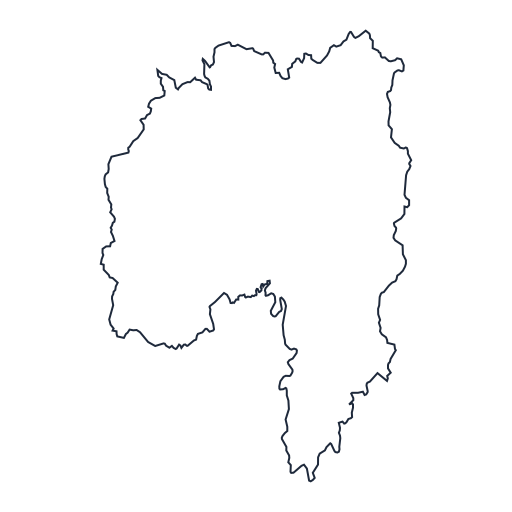 Van Lang, Lạng Sơn, Vietnam (Equal Earth projection)
{"feature_id": "81297802B84784766195181", "entity_name": "Van Lang", "entity_type": "district", "adm_level": 2, "iso_a3": "VNM", "parent_name": "Vietnam", "parent_adm1": "Lạng Sơn", "projection": "equal_earth", "projection_center": [106.578, 22.032], "detail": "fine", "context": "isolated", "style": "outline", "palette": "slate", "viewbox_px": 512, "rotation_deg": 0, "n_neighbors": 0, "source": "geoboundaries", "source_scale": "gbopen_adm2", "svg_char_len": 5986}
<svg xmlns="http://www.w3.org/2000/svg" viewBox="0 0 512 512"><path d="M164.8,343.7L166.1,345.7L169.4,347.7L171.9,345.9L173.6,347.9L175.7,349.0L176.6,348.5L179.1,344.6L180.4,345.5L181.4,347.9L183.8,344.7L185.3,344.5L186.8,345.8L187.6,345.8L193.9,340.5L196.1,339.6L196.9,335.8L197.9,333.9L202.4,332.4L205.4,328.9L206.9,328.9L209.5,331.7L213.2,330.5L214.0,329.3L213.2,323.9L209.9,314.2L210.4,309.4L209.5,306.9L209.9,306.1L214.9,302.1L224.0,293.0L227.0,294.8L229.6,299.4L230.6,303.0L232.0,303.1L232.8,302.4L234.0,302.9L236.2,299.5L238.3,299.6L238.3,296.8L240.0,295.4L242.1,295.5L244.4,294.6L245.2,297.1L245.8,297.5L247.9,296.6L250.8,297.1L252.2,295.6L253.9,296.1L255.0,295.2L256.3,295.2L256.6,294.1L256.0,290.7L256.8,288.9L257.7,289.0L259.0,292.0L259.6,292.1L261.4,290.4L261.5,288.8L260.6,287.2L261.6,284.2L262.6,284.0L263.2,286.5L264.6,284.5L267.2,283.8L267.4,281.1L269.6,280.7L269.9,283.3L265.5,288.3L264.9,290.5L265.6,292.7L265.5,295.3L265.9,295.8L268.0,295.3L271.2,293.3L273.3,294.0L274.9,296.6L275.3,302.2L270.8,310.8L271.1,313.8L273.2,316.1L274.7,316.5L275.7,316.2L279.2,311.9L281.0,311.0L281.8,309.1L280.2,299.9L280.3,298.2L281.4,297.6L283.3,299.5L284.7,301.6L286.0,306.0L282.7,324.7L283.6,335.2L284.8,339.7L285.1,343.5L285.5,344.6L289.7,348.9L291.5,349.6L294.0,348.6L296.3,349.4L296.9,350.5L296.6,353.0L292.7,358.6L289.5,360.1L287.8,362.2L288.4,364.1L292.4,369.6L292.6,371.1L292.2,372.6L290.4,375.6L289.5,376.0L285.7,375.8L283.6,376.8L280.4,381.2L279.3,386.3L279.4,388.7L280.1,389.5L283.2,389.2L285.6,387.9L286.3,388.4L286.8,390.7L286.8,395.4L288.4,400.6L288.9,409.1L285.6,419.5L287.3,426.8L287.3,431.0L284.8,433.1L282.5,436.0L281.8,437.7L281.9,439.0L286.4,446.9L286.3,450.5L289.1,455.4L289.3,457.9L288.3,462.3L290.8,465.1L290.5,471.8L291.2,472.9L293.5,472.7L301.5,465.8L304.0,464.7L306.9,468.6L309.1,480.6L310.7,481.3L312.8,480.0L314.7,477.9L312.8,472.8L318.0,464.6L318.1,457.3L319.7,453.6L324.9,450.4L326.5,447.1L330.2,443.3L331.2,444.0L334.4,450.9L335.4,452.1L337.4,452.5L338.9,451.7L339.5,449.3L339.3,446.8L340.3,438.2L340.0,435.6L338.9,432.8L339.8,430.4L340.0,427.8L338.8,422.8L342.5,421.6L344.2,423.6L345.1,423.4L346.4,422.3L348.4,419.0L350.9,418.2L352.1,417.1L351.8,412.7L353.0,407.7L353.0,404.4L352.2,403.4L349.1,404.4L353.3,400.2L353.3,398.1L351.2,393.6L352.1,392.8L358.0,392.8L362.9,391.7L364.6,395.0L366.2,394.4L367.6,392.2L367.7,391.2L366.5,385.6L366.7,383.9L367.4,382.7L369.9,381.6L377.5,373.1L387.0,380.9L387.8,378.4L387.2,375.9L390.7,372.7L388.0,368.4L388.0,365.0L388.5,363.4L389.9,362.0L390.6,358.9L395.8,350.2L395.0,349.0L394.4,344.6L387.4,342.9L387.1,340.0L386.0,337.3L381.8,334.3L380.0,331.3L380.6,327.9L378.9,322.7L380.1,319.9L378.2,314.3L378.1,308.8L379.2,305.4L379.7,297.0L380.9,293.8L381.9,292.7L383.8,292.1L388.9,285.6L392.1,282.6L395.4,281.2L396.5,279.3L397.3,275.6L399.7,274.0L402.9,270.7L405.0,266.7L405.9,263.8L405.9,260.2L402.9,254.3L402.6,245.3L395.2,240.4L393.5,237.8L393.8,235.1L395.8,231.0L396.2,228.5L396.0,227.6L394.5,226.0L393.9,223.6L394.1,222.8L401.1,218.4L404.4,214.0L404.5,206.5L407.2,207.2L409.1,205.2L409.1,200.2L405.9,197.8L404.5,194.8L406.1,175.2L407.3,171.6L409.2,169.2L410.5,166.0L409.2,163.9L409.3,163.1L411.2,160.2L407.9,153.7L407.9,151.1L407.0,148.1L405.8,147.5L403.8,148.5L400.1,147.7L398.8,145.8L394.7,142.9L391.0,137.4L391.9,129.2L388.6,125.4L388.5,121.4L390.2,112.2L389.8,108.2L390.4,104.9L389.9,102.4L387.6,97.2L387.0,93.9L387.8,91.9L390.2,91.1L391.0,90.1L391.3,87.5L392.3,85.0L392.5,80.3L394.0,73.3L394.7,72.4L397.4,70.5L398.8,70.2L401.9,71.4L403.4,70.5L403.8,65.3L401.2,59.3L397.1,58.3L395.1,60.2L390.8,61.3L388.8,61.0L384.9,57.4L382.3,57.6L381.5,57.0L380.9,56.1L380.3,53.0L378.8,52.2L378.2,50.7L372.7,48.2L372.8,40.8L370.1,38.2L369.9,35.2L369.3,33.6L365.7,30.7L358.8,36.2L355.4,37.9L354.0,36.9L351.0,32.0L350.2,31.9L348.7,33.9L346.4,39.7L343.5,41.4L340.6,45.2L336.3,46.6L333.9,45.2L330.2,47.8L329.2,51.4L327.0,55.5L320.4,62.9L317.4,62.9L312.6,59.9L311.3,58.7L311.1,55.2L308.4,55.0L305.9,53.5L304.3,53.8L304.1,58.2L302.1,62.5L301.0,61.9L299.0,58.7L297.1,58.5L296.2,59.0L295.3,61.4L292.2,63.8L291.9,66.9L287.8,69.3L289.2,77.6L288.0,78.5L285.5,79.1L282.4,78.2L280.5,75.9L279.2,72.8L275.7,73.0L274.3,67.6L275.1,64.0L273.3,62.7L273.1,60.5L268.5,52.9L265.0,52.7L263.2,54.4L261.7,54.4L254.2,51.1L253.1,48.6L252.4,48.2L246.5,49.2L237.8,44.7L235.0,46.1L231.5,45.9L230.2,42.9L229.0,42.2L218.5,45.6L215.3,47.9L214.5,49.1L214.5,52.3L213.5,56.7L214.0,62.1L212.9,64.5L211.0,65.4L210.1,67.2L209.7,67.4L205.0,60.9L202.8,58.9L202.5,60.4L204.4,64.2L204.1,74.0L204.5,75.7L205.3,77.4L207.8,78.8L209.4,80.7L209.9,84.2L211.0,86.6L211.0,89.8L209.3,89.6L208.2,88.5L207.5,84.7L206.7,84.1L202.0,82.1L200.6,80.3L196.1,79.7L195.0,77.7L190.2,82.2L187.5,82.1L182.4,84.2L178.7,88.0L178.0,89.4L175.8,87.7L174.3,80.1L169.2,77.4L166.7,74.8L162.0,73.9L157.4,69.9L158.2,75.9L159.4,77.2L161.5,78.1L160.8,80.6L160.8,83.7L163.0,86.8L163.3,90.3L164.7,91.0L164.3,95.5L159.7,97.8L155.3,98.1L150.9,100.7L149.0,103.7L148.2,106.8L151.2,108.6L150.8,111.4L149.9,113.6L147.0,115.1L145.1,118.5L141.5,119.0L140.4,120.2L143.6,124.8L143.7,129.4L137.7,138.0L133.3,141.1L129.6,146.8L128.3,147.7L128.2,149.3L128.8,151.1L128.4,152.6L111.5,156.7L108.4,164.2L108.7,169.0L108.1,172.4L105.6,174.4L104.8,176.3L104.4,178.8L104.9,184.1L105.7,187.0L107.3,188.7L107.2,193.0L108.7,196.8L108.5,199.8L111.3,204.4L111.0,207.5L111.6,209.3L110.2,212.3L114.0,216.7L114.9,218.8L114.4,221.7L112.8,222.8L112.0,225.6L110.7,227.8L111.7,229.6L111.0,232.0L112.9,235.9L114.5,241.0L110.8,243.0L110.1,246.3L106.2,246.4L102.6,248.9L102.5,253.0L103.3,255.0L101.7,259.2L100.8,263.9L103.7,264.7L103.7,269.7L108.8,275.0L109.7,277.4L112.6,278.0L117.7,282.7L115.8,286.4L115.3,289.9L113.6,291.8L113.3,294.0L112.1,296.4L112.0,298.9L113.2,305.2L109.2,319.4L110.6,324.7L113.6,328.5L112.6,330.6L116.5,331.3L116.6,334.0L117.3,336.4L123.9,337.9L125.9,334.0L127.6,332.7L129.6,329.6L133.3,330.3L136.6,330.0L140.0,332.2L148.1,342.0L155.2,346.0L163.6,343.4L164.8,343.7Z" fill="none" stroke="#1e293b" stroke-width="2"/></svg>